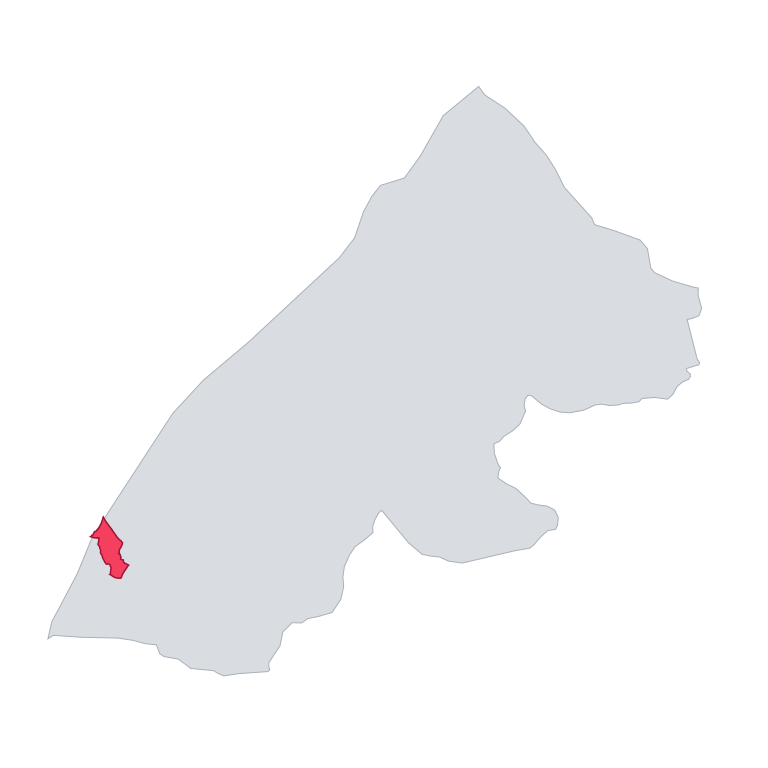 Barclayville, Grand Kru, Liberia shown in context, rotated 95°
{"feature_id": "62588387B34130334496008", "entity_name": "Barclayville", "entity_type": "district", "adm_level": 2, "iso_a3": "LBR", "parent_name": "Liberia", "parent_adm1": "Grand Kru", "projection": "mercator", "projection_center": [-8.19, 4.713], "detail": "fine", "context": "in_parent", "style": "filled", "palette": "rose", "viewbox_px": 768, "rotation_deg": 95, "n_neighbors": 0, "source": "geoboundaries", "source_scale": "gbopen_adm2", "svg_char_len": 4770}
<svg xmlns="http://www.w3.org/2000/svg" viewBox="0 0 768 768"><g transform="rotate(95 384 384)"><path d="M79.3,315.6L87.2,309.0L98.7,287.5L114.9,266.9L130.0,254.7L142.0,242.1L154.6,232.4L172.7,221.2L200.4,191.5L206.9,188.1L211.3,167.6L218.3,141.4L226.3,133.3L245.2,128.4L249.6,123.9L256.3,105.5L260.6,84.0L261.0,79.3L268.4,78.8L281.1,74.1L288.5,76.2L291.7,82.4L293.4,87.6L331.9,74.2L335.3,71.4L337.3,71.9L342.2,84.0L345.0,83.3L347.3,79.8L349.9,79.4L352.9,81.1L355.9,86.7L360.8,91.7L369.1,95.3L374.4,100.2L373.8,113.1L375.9,125.6L379.5,128.5L381.4,136.0L382.4,144.2L384.4,148.6L385.8,156.9L385.1,165.8L386.6,172.0L392.7,182.8L396.5,196.4L396.6,206.0L394.3,216.1L390.3,225.4L383.1,235.5L382.5,239.5L386.8,242.1L393.2,242.6L398.6,240.6L412.2,245.2L419.4,251.8L425.7,260.0L431.3,264.2L433.9,269.4L443.5,268.0L454.8,263.0L457.1,260.6L460.4,261.9L467.7,262.4L472.7,253.4L476.8,243.1L485.6,231.9L489.8,227.5L491.0,220.4L491.4,211.1L494.6,203.1L501.8,198.7L509.6,198.8L513.8,200.4L515.9,208.2L522.2,214.1L527.5,218.1L530.3,219.9L534.8,224.4L539.0,240.1L555.6,290.6L554.8,304.5L551.5,313.6L551.4,322.5L550.3,331.3L540.1,345.7L510.1,375.2L512.4,377.8L519.6,381.1L526.9,382.9L532.9,382.0L540.4,389.3L548.5,398.6L557.1,403.4L569.4,407.6L580.2,408.1L589.4,406.5L602.4,408.3L616.2,415.9L621.1,428.6L624.4,439.6L629.2,445.2L629.8,454.7L639.6,463.1L653.6,464.7L671.8,474.5L676.4,474.0L678.4,472.8L680.6,474.6L685.1,503.0L688.7,518.0L686.8,524.0L684.4,528.8L684.2,551.7L676.0,564.8L674.7,579.2L672.4,583.8L663.6,588.0L663.5,599.0L661.2,612.4L660.3,626.6L662.7,663.7L663.2,691.3L667.1,696.6L650.1,694.3L599.9,673.1L561.2,661.0L431.7,591.9L395.7,564.1L354.2,522.7L262.0,439.4L240.9,426.0L214.4,419.5L198.0,412.4L186.4,404.7L177.0,381.6L153.9,367.8L111.4,348.3L79.3,315.6Z" fill="#d9dde1" stroke="#a8b0b8" stroke-width="1"/><path d="M540.9,652.1L541.1,652.2L542.2,652.4L542.8,652.5L543.8,652.6L544.6,652.8L545.3,653.0L546.3,653.2L547.0,653.4L547.6,653.5L548.1,653.7L548.4,653.9L548.9,654.1L549.1,654.1L549.2,654.3L549.6,654.4L550.4,654.7L551.0,654.9L551.5,655.1L552.1,655.4L552.3,655.6L552.7,655.7L553.1,656.0L553.5,656.3L553.9,656.6L554.0,656.7L554.0,657.0L554.3,657.1L554.7,657.2L555.1,657.4L555.3,657.7L555.7,658.0L555.8,658.2L556.1,658.5L556.1,658.9L556.1,659.1L556.1,659.3L556.3,659.6L556.7,659.7L557.4,660.0L557.8,660.2L558.6,660.5L559.2,660.7L559.7,660.9L560.1,661.1L560.2,661.4L560.5,661.8L560.4,662.0L560.8,662.1L561.3,662.5L561.6,662.7L561.7,662.9L561.8,662.6L561.8,661.9L562.1,661.4L562.1,661.2L562.2,660.8L562.4,660.2L562.5,659.9L562.4,657.1L562.4,656.9L562.5,656.7L562.3,656.4L562.2,656.1L562.4,655.6L562.2,655.4L562.0,654.8L562.1,654.6L562.4,654.6L562.9,654.7L563.4,654.6L564.0,654.6L564.6,654.5L564.9,654.5L565.3,654.6L565.9,654.6L566.5,654.6L567.3,654.8L567.7,654.9L568.4,654.9L568.7,654.9L568.9,654.9L569.5,654.4L570.3,653.7L570.8,653.2L571.6,653.0L572.3,652.8L573.0,652.5L574.0,651.9L574.8,651.7L575.7,651.8L576.3,651.8L576.8,651.7L577.5,651.4L578.1,651.1L578.5,650.5L579.1,650.0L579.9,649.8L581.3,649.3L582.0,648.9L582.5,648.7L583.3,648.1L585.6,646.7L586.7,645.8L587.0,645.5L587.2,645.2L587.7,644.7L587.7,644.3L587.5,643.7L587.3,642.9L587.3,642.3L587.7,641.6L588.1,641.2L588.5,641.0L589.1,640.9L589.6,640.6L590.4,640.1L590.8,639.8L593.3,640.0L594.4,640.0L594.7,640.0L595.8,640.1L596.8,640.1L597.2,640.1L597.6,640.4L597.7,640.5L597.8,640.0L598.2,639.1L598.3,639.0L598.7,638.3L599.1,637.7L599.6,636.8L599.7,636.4L600.0,635.7L600.3,634.9L600.5,633.9L600.5,633.6L600.5,632.2L600.5,631.0L600.5,629.9L600.4,629.5L600.4,629.3L600.3,629.2L600.1,629.1L599.6,628.9L599.0,628.6L598.3,628.4L597.8,628.3L597.2,628.2L596.4,627.9L596.2,627.9L595.3,627.4L594.1,626.7L593.4,626.4L592.9,626.2L591.8,625.5L590.5,624.8L589.1,624.0L588.7,623.9L588.2,623.6L587.1,623.0L586.7,622.6L586.6,622.8L586.3,623.3L586.0,624.3L585.5,625.3L585.0,627.0L584.5,627.3L584.4,627.6L584.0,627.9L583.5,628.1L583.2,628.2L582.5,628.3L582.0,628.4L581.9,628.8L582.0,629.2L581.8,629.9L581.5,630.9L581.3,631.2L580.9,631.2L580.4,631.1L579.7,630.8L578.8,631.2L578.4,631.4L577.8,631.7L577.2,631.9L576.7,632.1L576.4,632.4L576.4,632.8L576.1,632.8L575.8,633.0L575.9,633.3L575.9,633.6L575.6,633.5L575.3,633.2L574.7,633.0L574.3,633.1L573.5,633.3L573.3,633.3L572.9,633.1L572.3,633.1L571.9,633.0L571.6,632.9L570.5,632.3L569.3,631.7L568.5,631.4L567.6,631.1L566.6,630.8L565.9,630.7L565.0,630.7L565.0,630.8L564.5,631.1L563.7,631.8L562.8,632.7L562.6,633.3L562.2,634.0L561.2,635.0L560.4,635.8L559.8,636.6L559.3,637.0L558.8,637.3L558.4,637.7L557.7,638.3L556.1,639.6L555.6,640.1L554.8,640.8L554.2,641.2L554.0,641.4L552.4,642.6L551.8,643.2L550.8,644.1L550.3,644.6L550.0,644.9L549.4,645.4L548.3,646.4L547.5,647.0L545.9,648.6L544.2,649.8L542.9,650.7L541.7,651.6L540.9,652.1Z" fill="#f43f5e" stroke="#9f1239" stroke-width="1.5"/></g></svg>